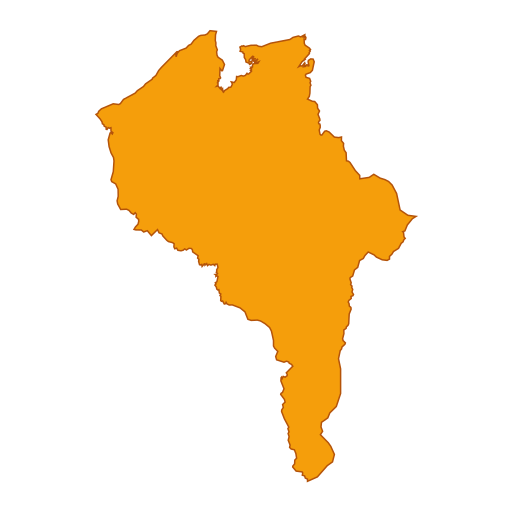 outline of Soalala, Boeny, Madagascar
{"feature_id": "10022922B91378939255033", "entity_name": "Soalala", "entity_type": "district", "adm_level": 2, "iso_a3": "MDG", "parent_name": "Madagascar", "parent_adm1": "Boeny", "projection": "mercator", "projection_center": [45.414, -16.649], "detail": "fine", "context": "isolated", "style": "filled", "palette": "amber", "viewbox_px": 512, "rotation_deg": 0, "n_neighbors": 0, "source": "geoboundaries", "source_scale": "gbopen_adm2", "svg_char_len": 5939}
<svg xmlns="http://www.w3.org/2000/svg" viewBox="0 0 512 512"><path d="M312.4,70.3L314.2,61.8L313.1,59.1L310.7,58.9L308.4,60.4L308.1,61.7L308.9,65.7L308.1,66.0L307.6,64.9L306.7,64.8L305.6,66.4L303.8,66.7L304.8,65.3L304.0,65.1L305.0,63.7L304.7,62.8L302.1,66.1L300.6,65.7L298.8,66.6L302.1,61.6L305.1,59.4L304.5,59.0L309.4,53.6L309.1,52.9L310.2,51.1L309.5,50.4L310.5,49.6L309.4,48.1L305.1,45.2L304.3,43.4L304.1,39.1L305.5,39.5L305.9,37.5L305.4,36.6L304.8,36.7L305.2,37.4L303.5,37.0L304.7,36.2L304.8,34.7L300.7,36.9L298.4,36.0L293.0,37.4L289.9,39.5L270.6,43.2L261.8,46.7L258.6,46.3L256.5,45.2L250.9,45.3L245.2,46.6L243.6,45.7L242.8,46.3L242.0,45.9L239.9,47.1L240.6,49.2L240.1,51.3L242.8,52.0L243.1,53.2L244.2,53.7L244.3,57.5L245.6,59.6L246.0,62.0L249.9,63.6L249.2,64.8L252.0,63.0L251.2,61.5L249.1,61.5L248.9,60.9L249.2,59.9L252.5,56.3L253.4,56.6L252.1,58.2L252.2,60.7L252.9,60.6L252.6,58.5L253.0,57.9L253.0,58.7L253.6,58.3L255.9,58.9L254.2,58.7L253.5,61.1L255.5,60.8L258.0,58.8L256.7,60.5L255.1,61.3L255.5,61.6L254.1,62.2L255.8,62.3L255.9,62.9L258.9,61.7L257.8,63.4L253.9,63.6L252.5,64.9L252.5,66.8L250.8,67.2L251.6,67.9L250.4,68.6L251.4,69.4L251.4,70.4L250.6,70.5L251.4,71.4L248.6,74.0L247.6,74.0L247.0,73.3L245.4,75.4L243.3,76.1L241.3,75.5L237.9,76.7L236.6,76.5L236.3,79.8L234.3,82.5L231.3,81.9L232.4,84.0L231.3,86.5L230.7,87.2L228.6,87.4L227.9,88.5L224.5,90.6L223.6,92.1L223.1,91.5L223.0,92.3L222.6,89.1L222.0,90.2L220.5,88.8L221.4,88.1L221.0,87.2L219.9,88.3L218.1,86.0L216.7,86.3L218.0,85.0L218.0,83.1L217.5,82.8L218.7,81.2L217.1,80.7L218.8,80.7L218.8,78.7L220.0,78.6L220.6,77.9L219.7,75.7L220.0,68.5L221.8,70.8L222.5,70.6L224.5,64.5L222.3,60.1L218.0,57.2L217.0,55.1L216.6,51.8L217.3,49.8L215.8,45.7L215.9,42.9L215.3,40.5L215.5,34.8L216.5,31.4L210.0,30.7L207.3,33.9L205.0,35.0L200.7,35.4L198.6,36.3L193.9,40.4L191.1,44.2L188.6,45.4L186.1,48.1L179.5,50.7L177.2,53.4L176.1,56.8L175.8,53.6L177.7,51.7L176.9,51.7L161.4,67.4L158.7,70.5L155.9,75.5L152.6,78.1L152.1,79.3L145.5,83.9L143.5,86.5L137.3,90.7L135.2,93.1L123.5,99.4L120.4,103.6L118.8,104.5L113.2,103.8L101.4,108.8L98.7,111.3L97.9,113.3L96.0,114.4L100.1,118.9L102.0,121.8L102.4,123.8L103.8,124.6L104.2,126.2L106.1,127.1L106.2,129.3L107.0,129.5L108.2,127.6L109.4,128.2L110.9,127.7L111.0,131.2L112.9,132.7L112.3,134.0L110.9,132.6L110.1,133.0L108.2,139.8L109.1,146.7L111.0,152.8L113.5,157.5L114.0,160.9L113.3,171.6L111.0,179.7L111.7,181.6L115.7,183.9L118.1,189.3L118.2,196.4L117.1,200.8L117.7,204.0L120.7,209.5L126.6,209.2L129.0,210.4L131.2,213.0L133.7,214.4L135.2,212.7L136.4,214.1L136.1,217.2L138.6,219.4L138.7,221.4L138.0,224.2L135.4,227.0L134.0,229.4L135.8,229.9L141.3,230.0L143.7,232.0L147.3,230.7L151.4,235.6L157.5,229.6L159.0,232.8L162.0,234.0L162.8,235.9L166.8,240.3L168.5,241.6L172.5,242.6L174.1,243.7L173.9,246.9L174.8,248.8L176.6,248.1L177.9,250.3L181.0,250.8L183.2,250.2L184.7,248.9L186.4,250.0L189.0,248.3L191.3,248.5L192.3,249.6L192.7,251.9L198.1,255.7L197.6,258.1L198.9,259.3L198.6,261.3L199.5,264.6L200.2,265.0L201.7,264.4L202.1,266.4L204.3,263.8L205.0,264.0L205.0,265.1L206.7,263.6L207.5,265.6L209.0,264.4L210.9,265.1L213.2,264.3L214.8,265.6L215.2,264.2L217.1,264.1L218.0,267.4L216.6,270.0L216.9,271.0L216.3,272.3L217.5,273.4L216.9,274.3L215.2,274.5L216.0,275.1L215.9,276.4L216.9,275.8L218.0,276.5L216.9,281.7L215.3,282.8L216.0,283.9L214.9,285.1L216.3,287.0L216.8,289.1L217.9,290.0L218.8,289.7L219.4,293.1L220.8,294.0L220.0,295.6L220.9,296.3L220.7,300.6L221.5,301.3L222.6,301.0L224.3,304.0L225.6,303.7L226.1,302.4L226.9,303.8L229.2,305.0L232.3,304.9L240.1,307.9L245.0,311.9L247.9,319.3L251.2,320.4L257.3,320.1L260.4,320.9L265.1,323.7L269.6,327.5L271.4,331.0L272.2,334.5L273.5,340.5L273.5,346.0L274.6,348.1L277.8,351.4L275.7,356.5L276.6,359.8L284.0,362.2L286.5,361.2L288.7,362.0L289.2,363.2L291.5,364.4L292.8,366.2L286.3,372.8L287.3,374.6L287.1,375.7L285.1,377.2L283.2,376.4L282.2,378.5L281.6,377.1L281.1,377.7L280.9,380.9L284.0,388.8L282.5,392.4L281.0,393.4L280.7,394.4L284.4,399.4L285.1,402.1L282.6,404.5L283.3,407.4L281.7,410.0L281.6,411.6L284.4,418.8L288.8,427.1L287.9,428.6L289.0,431.9L288.1,433.5L289.1,436.7L288.2,440.2L290.1,445.1L289.6,447.4L291.1,449.0L294.4,449.8L295.9,453.6L296.6,458.2L294.8,460.1L294.6,463.9L292.8,466.1L292.7,467.0L296.1,471.1L302.1,471.9L302.7,472.9L302.3,475.2L304.6,475.9L305.3,478.1L307.5,479.1L307.5,481.3L317.4,476.9L327.3,465.6L332.5,461.9L334.4,454.4L330.8,446.4L328.3,442.8L320.4,434.7L322.6,431.3L321.0,427.0L321.5,422.3L327.8,417.9L329.8,412.9L336.3,406.5L340.6,393.5L340.6,368.9L338.5,358.7L340.2,350.6L341.6,348.9L341.9,347.1L344.9,344.3L345.4,342.9L343.1,340.6L342.6,338.7L343.9,333.7L343.8,330.0L346.1,328.4L346.3,327.0L348.1,325.2L348.7,323.7L349.2,314.0L351.1,309.2L350.9,307.4L349.4,306.2L349.0,303.4L348.2,302.0L348.9,300.4L351.2,298.5L351.0,296.4L352.9,295.7L353.5,294.5L352.0,292.0L352.7,289.4L351.7,287.4L352.0,286.1L350.6,284.6L351.2,282.8L349.9,278.9L350.2,277.6L352.7,276.0L354.5,269.9L357.7,267.4L359.6,260.5L363.3,258.5L364.9,255.6L368.2,252.0L374.1,254.9L376.4,257.1L382.2,259.8L387.1,260.4L389.5,259.1L389.5,256.4L391.8,254.3L393.5,251.5L398.5,248.4L401.2,243.3L403.0,241.9L403.9,239.6L405.2,238.4L404.0,236.9L403.5,232.3L402.8,231.7L404.9,230.9L407.3,225.0L412.4,218.7L416.0,216.4L407.9,215.3L400.1,210.0L396.6,193.5L392.1,185.0L388.6,181.5L384.9,179.6L380.1,178.1L373.8,174.3L369.2,177.4L359.8,178.8L359.7,175.4L355.3,170.6L350.0,162.5L348.4,161.2L346.5,160.8L346.1,152.7L344.3,150.2L343.4,146.2L343.6,143.4L341.4,140.7L341.5,137.0L338.7,137.6L334.4,137.1L329.1,132.0L326.3,130.8L324.7,131.2L321.9,135.0L321.0,135.1L320.0,134.2L319.2,130.0L320.2,127.5L320.2,125.6L319.9,124.1L318.7,123.7L318.5,122.6L318.9,121.3L319.9,120.5L319.8,119.0L318.0,114.3L319.5,111.0L317.6,108.2L317.4,104.7L314.7,101.5L312.4,101.3L307.5,99.1L309.3,96.4L309.9,93.2L310.1,86.6L310.9,85.3L310.0,82.7L310.7,81.3L309.6,78.4L306.0,77.3L305.4,75.1L306.1,74.1L310.3,72.6L312.4,70.3Z" fill="#f59e0b" stroke="#b45309" stroke-width="1.5"/></svg>